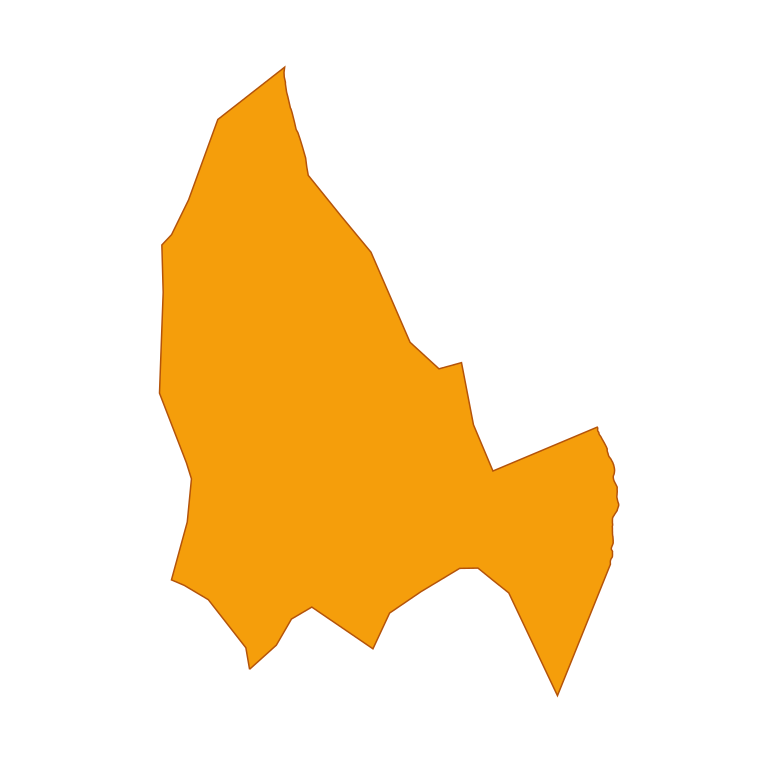 outline of Bayan-Uul, Govi-Altay, Mongolia, rotated 86°
{"feature_id": "93677404B20408254425737", "entity_name": "Bayan-Uul", "entity_type": "district", "adm_level": 2, "iso_a3": "MNG", "parent_name": "Mongolia", "parent_adm1": "Govi-Altay", "projection": "natural_earth1", "projection_center": [95.187, 47.144], "detail": "fine", "context": "isolated", "style": "filled", "palette": "amber", "viewbox_px": 768, "rotation_deg": 86, "n_neighbors": 0, "source": "geoboundaries", "source_scale": "gbopen_adm2", "svg_char_len": 3451}
<svg xmlns="http://www.w3.org/2000/svg" viewBox="0 0 768 768"><g transform="rotate(86 384 384)"><path d="M579.6,170.7L579.0,170.7L578.2,170.7L576.7,170.6L576.4,170.5L575.6,170.3L575.4,170.2L574.9,170.0L574.2,169.6L573.8,169.3L572.9,168.6L572.4,168.3L571.5,168.1L570.4,168.0L569.6,167.9L568.4,167.9L568.2,167.9L567.8,167.8L567.1,167.7L566.7,167.8L566.1,168.1L565.4,168.5L564.8,168.7L564.4,168.8L563.9,168.7L563.4,168.6L563.0,168.5L562.4,168.2L561.5,167.8L561.3,167.7L560.2,167.1L559.2,166.7L558.7,166.5L557.8,166.4L556.9,166.4L556.6,166.3L556.0,166.3L555.2,166.3L554.1,166.3L553.8,166.3L553.7,166.3L553.3,166.3L553.1,166.3L552.5,166.3L552.3,166.3L552.2,166.3L551.8,166.4L550.8,166.5L550.3,166.5L549.6,166.5L548.8,166.5L547.7,166.4L546.5,166.4L544.1,166.2L542.9,166.2L542.4,166.2L541.9,166.2L541.5,166.0L541.3,165.9L540.8,165.8L540.2,165.7L539.5,165.7L538.8,165.8L538.1,165.8L537.6,165.8L537.1,165.7L536.6,165.7L535.6,165.6L534.7,165.5L534.1,165.4L533.5,165.3L532.9,164.9L532.6,164.8L532.0,164.4L531.2,163.7L530.8,163.5L529.3,162.4L527.9,161.3L527.0,160.6L526.4,160.3L526.4,160.2L525.8,160.1L525.2,159.8L524.5,159.6L524.4,159.5L523.6,159.2L522.6,158.7L521.6,158.4L521.2,158.3L520.8,158.3L520.7,158.3L520.2,158.3L519.6,158.4L519.0,158.6L518.5,158.7L517.9,158.9L517.3,159.0L516.2,159.2L514.6,159.4L513.9,159.5L513.4,159.6L512.6,159.6L511.9,159.5L511.4,159.4L510.3,159.2L509.2,159.1L508.2,158.9L506.9,158.8L505.9,158.8L505.5,158.8L505.2,158.8L504.6,158.7L504.1,158.7L503.5,158.6L503.3,158.6L503.2,158.6L502.8,158.7L502.5,158.8L502.0,159.0L501.7,159.2L500.6,159.6L499.2,160.2L498.1,160.7L497.3,161.0L497.2,161.1L496.5,161.3L495.4,161.6L494.8,161.7L494.6,161.7L493.7,161.8L492.8,161.8L492.0,161.7L491.6,161.6L491.0,161.3L490.8,161.2L490.6,161.1L490.0,160.8L488.9,160.5L488.1,160.3L487.9,160.3L487.0,160.1L486.2,160.0L485.5,160.0L485.4,160.0L484.6,160.0L484.1,160.1L483.6,160.1L483.3,160.2L483.0,160.2L481.7,160.4L481.5,160.5L481.1,160.5L480.4,160.6L480.0,160.8L479.3,161.0L478.5,161.2L477.9,161.4L477.2,161.8L476.3,162.2L474.9,162.8L474.0,163.3L473.3,163.8L472.8,164.1L472.4,164.4L471.9,164.7L471.7,164.8L471.2,164.9L470.9,165.0L470.5,165.1L470.1,165.2L469.4,165.3L468.7,165.4L467.9,165.7L466.3,166.0L466.1,166.0L465.9,166.0L465.6,166.0L465.3,166.0L465.2,166.0L464.9,165.9L464.6,165.9L464.1,165.9L463.8,166.1L463.4,166.2L463.0,166.3L462.8,166.4L462.1,166.6L461.8,166.8L461.3,167.0L460.7,167.2L460.3,167.4L458.5,168.2L458.2,168.3L456.8,169.0L455.7,169.5L454.1,170.3L452.0,171.2L450.6,172.0L450.0,172.4L449.5,172.7L449.2,172.8L448.9,172.9L448.6,173.0L448.1,173.0L447.8,173.1L447.3,173.1L446.9,173.3L446.4,173.7L446.1,173.9L445.3,174.1L445.0,174.1L444.9,174.1L444.4,174.1L443.8,174.0L443.3,173.9L442.8,173.9L442.4,174.0L441.9,174.3L478.4,281.4L430.9,297.6L368.1,305.2L372.7,328.1L344.2,355.1L251.6,387.8L225.2,406.7L212.6,415.7L170.6,445.0L162.2,445.9L153.1,446.4L141.8,448.8L134.0,450.6L127.1,452.4L125.5,453.2L123.9,453.9L116.2,455.1L107.2,456.7L105.4,457.1L103.2,457.6L102.2,458.1L90.7,459.9L86.1,460.8L78.0,461.4L76.0,461.3L70.7,462.1L66.2,462.0L61.0,461.0L108.5,531.3L186.7,566.1L220.2,585.5L229.8,595.9L277.2,597.9L377.5,608.6L448.8,586.6L465.2,582.7L508.0,589.9L564.6,609.7L570.9,597.4L586.9,574.3L637.5,540.2L659.3,538.0L659.2,538.0L637.0,509.6L612.0,492.7L601.5,471.6L647.4,413.5L612.9,394.4L593.8,361.7L573.2,321.4L574.2,303.1L587.5,288.9L601.1,274.1L707.0,232.7L589.3,175.4L579.6,170.7Z" fill="#f59e0b" stroke="#b45309" stroke-width="1.5"/></g></svg>